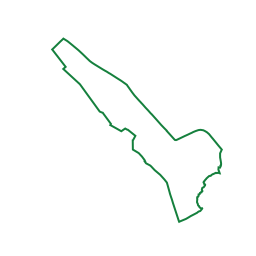 outline of Piltene, Ventspils, Latvia, rotated 217°
{"feature_id": "27541924B10340241308043", "entity_name": "Piltene", "entity_type": "district", "adm_level": 2, "iso_a3": "LVA", "parent_name": "Latvia", "parent_adm1": "Ventspils", "projection": "orthographic", "projection_center": [21.685, 57.226], "detail": "fine", "context": "isolated", "style": "outline", "palette": "green", "viewbox_px": 256, "rotation_deg": 217, "n_neighbors": 0, "source": "geoboundaries", "source_scale": "gbopen_adm2", "svg_char_len": 3063}
<svg xmlns="http://www.w3.org/2000/svg" viewBox="0 0 256 256"><g transform="rotate(217 128 128)"><path d="M161.9,161.6L163.2,161.5L166.8,161.2L169.5,161.0L174.9,160.6L176.2,160.4L178.9,160.2L181.0,159.9L183.6,159.6L188.9,159.1L193.1,158.7L196.1,158.5L197.8,158.5L198.9,158.5L200.4,158.7L203.0,159.0L208.5,159.7L214.3,160.3L216.1,160.4L227.3,160.9L228.5,160.9L228.9,160.9L233.4,160.5L233.5,159.6L234.1,156.2L235.7,145.5L235.8,145.1L214.6,139.3L215.2,136.2L192.7,134.0L168.6,126.6L160.5,124.1L158.4,124.6L157.3,125.0L156.2,124.6L144.1,121.0L143.9,119.7L143.4,119.8L143.2,119.8L136.7,120.7L131.4,121.4L130.5,124.2L129.9,125.9L127.6,126.2L127.1,126.5L117.4,126.2L117.0,123.7L116.6,121.0L116.7,120.9L111.3,113.9L111.1,113.7L108.3,114.0L104.5,114.4L104.3,114.4L99.7,113.6L95.3,112.3L94.9,112.0L94.4,111.8L94.6,111.4L92.5,110.7L92.1,110.7L87.7,111.4L86.5,111.3L81.3,110.4L74.1,110.0L67.9,108.8L64.1,107.8L61.7,106.0L55.7,101.4L55.4,101.1L54.9,100.8L54.7,100.6L52.4,99.0L49.6,97.1L49.2,96.8L46.9,95.1L44.6,93.5L31.4,84.3L30.7,83.9L30.5,84.3L27.1,90.1L26.9,90.5L25.8,93.1L24.9,95.4L23.5,98.3L21.8,101.9L21.6,102.9L21.3,103.8L21.2,104.0L20.7,104.6L20.4,105.1L20.3,105.5L20.3,106.0L20.2,107.6L20.3,108.4L20.5,108.5L20.6,108.4L21.1,107.9L21.4,107.8L21.6,107.8L22.2,107.7L22.6,107.7L23.4,107.8L23.7,108.0L23.8,108.2L24.0,108.3L24.3,108.4L24.5,108.4L24.8,108.3L25.3,108.4L25.9,108.7L26.1,108.9L26.4,109.3L27.3,109.8L27.7,109.9L28.0,110.1L28.4,110.5L28.8,111.2L29.2,111.8L29.5,112.2L29.7,112.7L30.0,113.0L30.3,113.3L30.6,113.6L30.9,114.1L31.0,114.4L30.9,114.5L31.1,114.7L31.1,114.8L30.9,115.3L30.7,115.6L30.7,115.9L30.9,116.4L30.9,116.5L31.2,116.8L31.3,117.0L31.3,117.3L31.6,117.5L31.4,117.8L31.0,118.4L31.4,119.5L31.2,119.7L31.1,120.4L30.7,120.7L30.9,121.2L30.6,121.7L30.6,122.4L31.0,122.7L31.8,123.0L32.0,123.4L32.5,124.5L32.6,124.8L32.5,125.2L31.9,126.2L31.9,126.9L32.0,127.3L31.9,128.4L32.0,128.5L32.2,129.1L32.4,129.2L33.0,129.0L33.6,129.2L33.8,129.7L34.8,129.9L35.0,130.1L35.2,130.9L35.0,131.6L35.1,132.5L35.0,133.7L34.9,134.2L35.0,134.7L34.6,137.0L34.4,137.7L34.4,138.2L33.7,139.2L33.2,139.5L33.1,140.0L33.0,140.9L32.5,142.2L32.2,142.4L31.9,143.0L31.6,143.7L31.2,144.3L31.1,144.8L30.7,145.2L30.0,145.4L29.7,145.7L29.3,146.3L28.9,146.5L28.2,146.9L27.7,146.9L27.5,147.0L29.2,148.2L30.7,149.1L32.0,151.1L31.5,151.4L31.2,151.6L30.7,151.8L30.8,152.2L30.9,153.1L31.3,154.1L31.6,154.0L31.7,154.7L31.9,155.1L32.3,155.7L33.6,157.0L35.2,158.5L36.7,159.9L38.9,162.8L39.2,163.2L39.9,166.3L40.1,167.2L44.9,168.3L46.5,168.7L54.6,170.7L54.8,170.7L59.6,171.9L62.5,172.1L65.1,171.8L66.5,171.5L68.6,170.4L69.2,170.0L70.5,168.7L71.8,166.8L72.2,166.2L73.5,164.0L74.1,162.7L75.3,160.5L76.0,159.1L76.5,158.2L77.3,156.7L77.5,156.4L81.8,148.1L82.4,147.2L83.1,146.9L83.4,146.7L84.1,146.8L95.4,149.0L95.5,149.2L99.0,149.7L103.3,150.4L106.7,151.1L117.7,153.3L118.3,153.3L122.7,154.2L126.3,154.8L130.6,155.7L132.4,156.0L132.6,156.0L132.8,156.1L135.2,156.5L137.3,156.9L139.8,157.4L142.4,157.9L146.3,159.0L154.8,161.7L154.9,161.8L161.9,161.6Z" fill="none" stroke="#15803d" stroke-width="2"/></g></svg>